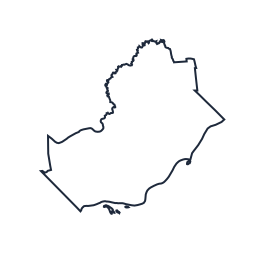 the district of San Cosme, Corrientes, Argentina, rotated 165°
{"feature_id": "61730980B19808130857277", "entity_name": "San Cosme", "entity_type": "district", "adm_level": 2, "iso_a3": "ARG", "parent_name": "Argentina", "parent_adm1": "Corrientes", "projection": "equal_earth", "projection_center": [-58.507, -27.393], "detail": "fine", "context": "isolated", "style": "outline", "palette": "slate", "viewbox_px": 256, "rotation_deg": 165, "n_neighbors": 0, "source": "geoboundaries", "source_scale": "gbopen_adm2", "svg_char_len": 5777}
<svg xmlns="http://www.w3.org/2000/svg" viewBox="0 0 256 256"><g transform="rotate(165 128 128)"><path d="M207.3,141.1L209.5,132.5L211.7,123.8L212.9,111.7L213.2,107.4L216.6,107.4L218.0,106.5L219.9,106.4L221.8,108.7L223.2,108.9L198.1,64.6L195.5,59.8L194.5,60.6L194.0,61.6L192.8,62.8L191.7,63.3L191.6,63.5L190.6,63.9L189.3,63.7L188.2,63.5L186.6,63.0L185.1,62.8L181.2,62.3L179.4,62.4L177.4,62.6L176.2,62.8L174.3,63.0L173.1,63.4L171.7,63.5L170.5,63.4L169.9,63.4L168.6,63.0L167.9,62.6L167.2,62.4L165.1,61.6L163.1,60.5L159.8,58.8L158.1,58.4L157.2,57.9L155.4,57.5L152.6,56.7L151.3,56.0L149.7,55.0L144.4,52.4L141.8,51.4L138.8,51.1L136.5,51.1L133.8,51.2L132.1,51.6L131.2,52.4L130.4,53.1L129.6,54.9L128.0,59.3L126.8,61.1L125.5,62.6L123.3,64.0L121.3,64.7L117.7,65.5L116.4,65.7L114.6,66.0L112.5,66.1L111.7,66.0L110.4,65.8L108.9,65.9L107.3,66.4L105.8,67.2L103.3,68.8L101.2,70.4L95.9,75.6L93.4,78.5L90.4,81.1L88.2,82.3L87.0,82.8L85.4,83.1L82.8,83.3L80.9,83.2L79.7,82.9L77.9,82.2L76.6,81.5L75.9,81.4L72.6,87.1L70.5,88.8L64.6,93.3L59.3,98.3L55.9,102.4L51.2,106.9L47.8,108.2L42.5,108.4L36.1,109.6L32.8,111.3L39.2,122.5L45.8,133.5L50.3,141.2L53.8,146.9L51.3,146.3L50.5,151.7L49.5,158.3L47.9,168.5L46.6,168.3L46.7,170.2L46.5,175.0L46.5,177.3L48.1,178.2L49.8,179.0L51.8,179.5L53.7,179.7L54.1,177.1L65.3,179.3L66.5,179.5L66.4,180.1L66.8,180.8L66.9,181.7L66.9,182.6L67.0,183.1L67.3,183.7L67.5,184.8L67.2,185.5L67.3,186.5L67.2,188.5L67.0,190.1L66.9,191.3L67.0,193.4L68.2,194.2L68.5,194.9L69.5,195.3L70.2,195.7L70.7,196.2L71.0,196.9L70.8,197.6L70.8,198.3L71.2,198.9L71.1,199.7L71.2,200.5L70.9,201.4L70.4,202.1L70.4,202.3L70.8,202.7L70.6,203.3L71.3,203.9L72.1,203.8L72.6,204.0L73.2,204.4L73.2,203.5L72.6,203.2L72.8,202.3L73.6,202.7L74.3,203.4L74.9,203.4L75.2,202.5L75.9,202.0L76.5,201.8L77.0,202.2L77.5,201.8L78.2,201.6L78.6,202.6L78.7,203.6L78.2,204.5L79.0,204.4L79.9,204.6L80.6,205.3L81.2,205.4L82.1,205.7L81.7,206.8L82.3,208.0L82.3,207.1L82.8,206.5L83.5,206.7L84.4,206.7L85.0,206.4L85.4,205.7L85.7,204.9L86.2,204.6L86.5,205.7L86.6,206.6L87.3,206.6L87.9,207.0L88.4,207.2L88.6,206.5L89.1,206.7L90.4,204.3L91.0,204.6L90.9,205.3L91.3,206.0L92.0,206.2L92.3,205.1L91.9,204.2L91.4,203.6L92.5,203.6L92.9,202.9L93.6,202.2L94.4,202.3L94.9,202.7L95.3,203.2L95.9,204.2L96.3,203.5L97.6,203.3L97.6,202.4L98.1,201.9L98.6,201.4L99.1,201.3L99.1,200.5L98.6,200.2L99.0,199.6L98.9,198.8L98.8,198.1L100.0,198.0L100.6,197.8L100.9,197.1L100.6,196.5L100.9,195.7L101.6,195.4L101.8,195.5L103.2,195.9L104.0,195.6L104.7,194.7L105.0,193.6L105.7,193.3L105.7,192.5L105.1,192.0L105.6,191.4L107.2,191.0L107.3,190.0L108.2,189.5L108.0,188.8L107.7,188.1L108.1,187.6L108.7,187.7L109.6,187.7L110.6,188.2L111.3,188.7L111.8,189.5L113.1,190.4L113.9,190.2L114.6,190.2L115.1,190.1L115.8,190.4L116.4,190.4L117.0,190.3L117.6,190.4L118.0,189.4L118.8,188.9L119.3,189.6L120.0,189.4L120.8,189.5L121.2,190.0L121.8,189.7L121.9,188.5L122.6,188.0L122.9,187.2L123.3,186.5L124.1,186.9L123.9,185.9L124.3,185.4L125.0,185.3L125.8,185.0L125.9,184.1L126.6,184.1L127.0,184.6L127.4,185.2L128.1,185.4L128.6,184.9L129.2,183.9L130.0,183.7L130.4,183.0L130.1,182.2L129.8,181.4L130.5,181.3L131.1,181.3L131.7,180.8L132.2,180.3L132.9,180.3L133.6,180.1L134.0,179.5L134.6,179.4L135.2,179.6L135.7,179.7L136.1,179.2L136.1,178.5L135.6,177.9L135.1,177.8L135.1,177.2L135.9,176.6L136.5,176.2L136.9,175.5L137.3,176.4L137.8,176.5L138.3,176.1L138.9,175.4L138.8,174.5L138.3,174.1L138.3,173.2L138.2,172.3L137.4,172.0L137.5,171.4L138.0,171.2L138.1,170.4L137.7,169.4L138.0,168.7L138.7,168.8L139.2,168.5L139.8,167.6L139.4,166.8L137.7,166.3L137.8,165.6L139.6,164.7L139.5,163.8L138.3,163.3L138.3,161.9L138.2,160.9L138.0,159.7L138.1,158.7L138.4,157.6L137.6,157.3L136.8,156.8L136.3,156.3L136.2,155.6L135.7,154.8L135.0,154.1L135.1,153.2L134.8,152.3L135.0,151.3L135.7,151.3L136.5,152.0L137.0,151.8L138.0,151.2L138.4,150.4L138.3,149.7L138.3,148.5L138.4,147.1L138.9,146.5L139.6,146.7L140.2,146.7L140.8,146.9L142.1,146.3L142.6,146.5L143.2,147.0L143.5,147.8L144.0,147.4L144.8,147.8L145.2,146.8L145.8,146.2L146.5,146.1L147.3,145.8L147.3,144.9L147.6,144.0L148.2,143.6L148.8,143.4L150.6,143.5L151.5,143.3L152.2,142.5L152.6,141.7L152.6,140.6L152.0,139.6L151.6,139.1L151.4,138.1L151.6,136.9L151.5,135.3L152.0,133.9L152.5,133.5L153.7,132.7L154.6,132.2L155.6,131.9L156.8,131.9L158.7,132.3L160.4,133.1L161.2,133.9L162.9,136.6L164.0,137.5L165.3,137.8L169.9,138.1L171.3,138.2L173.8,138.1L175.5,137.7L176.5,136.9L179.8,136.5L185.8,135.0L188.2,134.3L190.1,133.4L195.1,131.7L196.6,131.5L198.8,131.3L200.5,132.1L202.0,133.6L204.4,137.4L207.3,141.1ZM166.9,50.9L166.6,50.2L166.3,49.5L166.1,49.4L165.9,49.4L165.8,49.8L165.8,50.2L165.8,50.8L166.0,51.1L165.9,51.2L165.4,50.9L164.9,50.6L164.8,50.8L164.8,51.1L164.7,51.4L164.3,50.8L163.9,50.3L163.4,49.8L163.2,49.7L163.2,50.1L163.4,50.8L163.8,51.4L164.0,52.2L163.8,53.2L164.4,54.4L165.1,55.3L165.3,55.4L166.5,57.0L167.0,57.1L167.2,57.5L167.5,57.5L167.7,57.4L168.0,57.2L168.3,56.9L168.1,56.5L167.7,55.8L167.4,54.9L167.2,54.2L167.0,51.6L166.9,50.9ZM78.0,80.3L79.4,79.8L80.0,78.9L80.2,78.4L80.3,77.8L80.0,77.6L79.3,77.5L78.4,78.0L77.5,78.0L76.5,79.4L76.6,80.2L77.2,80.3L78.0,80.3ZM168.2,57.7L167.7,57.7L167.6,58.0L167.8,58.2L168.4,58.2L168.7,58.4L169.7,58.6L169.6,58.8L169.3,58.8L169.1,58.9L169.1,59.0L169.3,59.1L169.6,59.1L169.8,59.0L170.4,59.0L171.3,58.9L171.6,58.5L171.7,58.1L171.5,57.9L171.3,57.8L170.0,57.9L169.6,57.7L168.4,57.8L168.2,57.7ZM160.1,49.3L159.1,48.7L158.5,48.0L158.4,48.2L158.5,48.6L159.4,49.3L159.2,49.3L158.8,49.2L158.5,49.1L158.3,48.9L158.2,48.9L158.3,49.2L159.1,49.8L159.3,50.3L159.6,50.8L159.9,51.3L160.3,51.3L160.6,51.3L160.7,51.0L160.5,50.0L160.1,49.3ZM150.8,52.6L151.0,52.5L151.0,52.3L150.6,51.9L149.7,51.5L148.4,51.3L148.0,51.3L148.4,51.9L149.1,52.1L149.9,52.6L150.7,52.7L150.8,52.6Z" fill="none" stroke="#1e293b" stroke-width="2"/></g></svg>